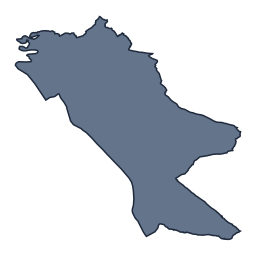 outline of Fet nor, Akershus, Norway
{"feature_id": "86288312B34896382200122", "entity_name": "Fet nor", "entity_type": "district", "adm_level": 2, "iso_a3": "NOR", "parent_name": "Norway", "parent_adm1": "Akershus", "projection": "equal_earth", "projection_center": [11.264, 59.871], "detail": "fine", "context": "isolated", "style": "filled", "palette": "slate", "viewbox_px": 256, "rotation_deg": 0, "n_neighbors": 0, "source": "geoboundaries", "source_scale": "gbopen_adm2", "svg_char_len": 5668}
<svg xmlns="http://www.w3.org/2000/svg" viewBox="0 0 256 256"><path d="M92.2,138.4L96.9,143.7L103.1,149.9L106.9,154.1L121.5,169.2L129.1,178.1L131.5,182.1L132.8,186.3L133.4,191.2L133.9,199.0L133.4,205.3L132.3,209.4L132.4,211.8L132.6,212.8L135.1,217.9L136.4,219.5L137.9,221.0L138.8,223.0L143.3,231.8L145.1,234.7L146.4,236.4L154.9,231.8L157.7,228.2L158.7,224.8L159.4,224.1L160.4,223.8L162.3,224.3L163.2,224.3L164.2,224.8L164.9,225.8L166.1,226.9L167.6,227.4L167.9,228.2L169.3,229.2L171.9,229.1L172.3,229.5L173.6,229.6L173.7,230.0L174.6,229.6L175.0,229.8L174.8,230.0L176.6,230.2L177.0,230.6L178.1,230.8L180.3,232.1L181.7,232.0L182.6,232.3L183.3,232.0L183.6,232.2L183.7,232.5L184.1,232.8L185.3,232.5L185.8,232.7L185.9,232.4L186.2,232.2L187.8,232.4L189.7,233.1L190.7,233.0L191.1,233.5L192.6,234.0L196.3,234.4L198.2,235.0L199.7,234.9L202.8,235.2L208.2,234.5L213.5,235.6L215.9,235.6L217.1,236.1L218.2,235.9L221.5,238.6L222.3,238.8L224.5,238.5L224.8,238.8L224.5,239.1L225.4,239.2L228.0,239.4L230.1,239.1L231.3,238.6L232.0,238.0L232.4,236.6L233.2,235.2L234.9,234.3L236.7,232.7L237.0,232.8L238.0,232.4L238.6,232.3L240.3,231.1L239.2,230.8L238.2,229.3L237.1,228.8L237.2,228.6L236.0,227.2L232.6,225.3L232.5,224.5L232.2,224.3L229.0,222.9L226.7,221.2L224.6,219.3L224.2,218.6L223.3,218.3L222.1,217.5L221.8,217.1L221.9,216.9L222.2,216.8L222.1,216.6L221.6,216.4L221.8,216.2L221.2,216.0L221.3,215.8L220.7,215.6L220.7,215.3L219.5,214.4L218.3,213.0L217.1,212.4L216.7,211.6L213.3,209.1L212.4,208.7L210.2,207.0L206.0,203.4L205.6,202.6L204.9,201.9L198.7,197.7L197.7,196.8L196.1,196.0L195.2,195.1L194.7,194.9L194.5,194.4L194.0,194.2L193.4,193.5L191.9,192.9L191.8,192.5L190.8,191.9L190.8,191.7L189.6,190.5L188.4,189.6L187.2,188.4L185.0,187.2L183.5,185.5L179.2,182.4L178.1,181.3L177.6,181.2L177.7,180.9L177.2,180.2L177.3,180.0L176.4,179.6L175.8,178.3L177.0,177.5L177.7,177.2L178.9,176.2L180.6,175.3L181.2,174.6L184.8,173.9L188.0,170.5L188.7,168.8L191.6,165.5L191.8,165.0L193.2,164.5L193.5,162.9L194.5,160.7L196.3,159.9L199.4,157.2L200.8,156.7L203.4,156.4L204.5,156.0L205.5,156.1L213.3,154.3L217.9,154.0L219.2,154.2L222.8,153.7L225.6,153.0L226.6,153.0L227.3,152.4L227.6,151.7L228.6,151.1L230.3,150.9L231.4,150.6L232.5,150.6L232.5,150.4L232.8,150.2L232.1,149.4L232.2,149.0L233.0,148.2L233.2,147.5L233.6,147.0L234.4,146.2L235.7,143.2L235.8,142.1L236.1,141.6L235.5,140.1L235.7,138.9L237.0,138.6L237.4,138.1L239.9,136.5L240.2,135.9L240.0,133.9L240.6,131.8L240.5,131.6L239.5,131.6L238.1,130.4L236.9,129.2L236.5,128.4L237.2,127.6L235.8,127.2L234.8,126.5L234.0,125.6L228.1,124.2L225.8,123.4L224.5,123.3L222.0,122.5L217.0,122.2L213.5,120.9L210.7,119.2L203.7,115.7L201.8,115.0L196.2,114.0L193.0,112.8L190.2,112.3L184.6,109.3L181.2,108.5L180.2,107.8L178.9,107.3L176.6,103.9L172.9,101.6L170.7,99.8L168.3,96.9L165.6,95.1L165.1,94.5L165.2,93.5L164.9,93.1L164.8,92.5L165.1,92.1L165.9,91.9L166.0,91.0L166.7,90.2L165.4,87.9L164.0,86.4L160.4,83.5L160.7,82.5L161.2,82.1L161.3,81.2L161.6,80.6L161.2,80.2L159.2,73.5L156.9,70.8L156.4,70.0L156.7,68.6L156.2,68.0L155.2,67.2L154.9,66.7L155.7,65.5L155.2,64.6L155.3,64.0L156.1,63.4L157.4,61.8L157.3,60.7L157.0,60.3L156.1,59.9L152.1,58.4L149.8,56.9L148.7,55.8L149.4,55.0L152.1,54.2L152.6,53.6L147.0,53.2L142.0,52.3L139.6,52.3L137.4,51.7L132.8,50.9L129.0,50.0L128.8,49.9L128.7,49.1L129.8,47.3L130.4,46.5L130.0,46.3L131.4,44.7L131.4,44.1L131.0,43.6L131.4,43.2L130.5,42.1L130.0,40.5L129.6,40.2L129.2,40.1L128.4,39.1L128.2,38.8L128.4,38.3L127.8,37.9L127.5,37.4L126.6,36.8L126.4,36.2L125.6,36.0L124.8,35.3L123.5,35.0L123.3,34.5L123.6,33.7L122.5,33.5L122.4,33.1L121.8,33.3L121.5,33.8L120.5,34.7L119.3,34.9L118.8,35.4L118.9,35.6L118.4,35.7L118.0,36.3L117.5,36.5L114.9,32.1L114.6,32.0L113.8,30.9L112.6,30.4L112.1,29.9L111.8,28.4L111.4,28.2L110.2,28.6L109.1,28.4L107.3,27.4L106.9,27.6L106.0,27.4L105.2,26.7L104.9,26.1L105.2,25.6L105.0,25.4L105.0,24.6L105.3,24.0L105.3,23.4L105.7,23.0L106.5,22.7L107.0,22.1L107.4,21.2L107.2,20.8L107.2,20.0L105.3,20.2L104.1,19.5L102.6,19.2L101.4,17.8L100.0,16.7L99.5,16.6L99.5,17.0L97.7,19.4L95.8,20.7L95.8,21.6L95.4,22.3L95.5,24.1L93.6,25.5L91.7,27.6L89.0,29.1L87.9,30.0L87.1,30.3L86.5,31.1L85.8,31.4L86.1,32.0L85.7,33.6L84.5,34.3L83.2,35.7L77.8,37.4L76.6,37.6L76.2,36.3L75.8,36.2L75.9,35.7L75.7,35.4L75.2,35.4L74.2,34.5L74.0,33.5L73.7,33.0L71.7,33.1L69.8,34.2L68.5,33.3L65.5,33.1L64.4,33.5L63.2,34.3L59.6,36.1L59.3,35.6L59.2,34.6L58.9,34.2L57.3,33.6L54.8,33.7L54.4,32.4L54.6,32.2L53.8,31.8L52.6,30.9L51.5,31.1L50.6,31.6L48.3,30.9L47.6,31.0L46.5,30.7L46.4,30.9L44.0,30.7L40.7,31.2L39.1,31.9L38.0,31.8L37.4,32.2L37.5,32.4L37.3,32.7L36.5,32.9L35.5,32.5L34.3,32.8L33.1,32.6L31.7,33.1L30.9,33.8L29.8,36.0L29.8,36.5L30.5,37.0L31.9,37.3L37.2,35.4L38.1,35.2L38.9,35.3L39.1,35.5L36.8,37.8L34.1,39.2L33.7,39.3L32.7,38.7L31.1,38.7L29.5,38.2L26.0,36.1L25.0,35.8L23.8,36.1L22.7,36.8L21.9,38.0L21.9,38.7L16.8,39.2L16.7,39.8L17.5,40.7L20.5,42.6L20.5,42.9L22.6,43.5L24.5,43.3L25.9,42.7L26.4,42.1L26.6,40.7L26.9,40.1L27.8,40.0L28.1,40.8L27.9,41.2L28.0,41.7L29.4,43.3L29.5,43.9L29.2,44.6L27.9,46.5L27.7,47.2L27.0,47.8L26.0,48.1L25.4,48.0L24.2,47.1L22.5,46.4L19.9,46.4L19.6,46.8L19.1,48.2L19.2,49.1L19.7,49.5L21.9,50.5L23.4,50.8L26.0,50.8L28.2,50.3L31.6,49.9L35.5,50.0L37.3,50.5L37.9,51.1L37.9,51.6L37.9,52.0L37.5,52.7L35.6,53.6L28.9,54.2L27.8,54.4L27.0,54.9L26.8,55.4L27.1,55.7L28.5,56.3L29.0,56.8L29.3,58.2L31.3,60.2L31.5,60.8L31.0,61.6L26.2,62.0L19.0,61.7L17.7,62.1L16.3,63.1L15.7,64.0L15.4,65.2L18.0,68.7L27.5,74.6L34.8,83.6L45.8,100.1L49.9,97.4L54.5,96.6L55.5,96.0L58.2,93.9L58.6,93.8L59.0,94.0L60.6,97.8L64.3,102.7L66.5,106.6L67.2,109.6L70.6,121.0L73.4,124.6L81.1,128.6L82.7,130.1L86.4,132.6L92.2,138.4Z" fill="#64748b" stroke="#1e293b" stroke-width="1.5"/></svg>